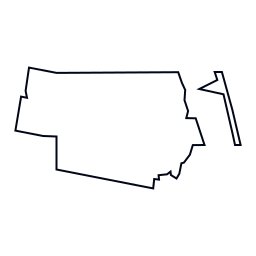 Willacy, Texas, United States of America (Equal Earth projection)
{"feature_id": "52423323B56216373700802", "entity_name": "Willacy", "entity_type": "district", "adm_level": 2, "iso_a3": "USA", "parent_name": "United States of America", "parent_adm1": "Texas", "projection": "equal_earth", "projection_center": [-97.535, 26.456], "detail": "fine", "context": "isolated", "style": "outline", "palette": "ink", "viewbox_px": 256, "rotation_deg": 0, "n_neighbors": 0, "source": "geoboundaries", "source_scale": "gbopen_adm2", "svg_char_len": 618}
<svg xmlns="http://www.w3.org/2000/svg" viewBox="0 0 256 256"><path d="M29.0,67.6L25.6,90.9L27.0,97.8L21.1,96.6L15.4,130.6L19.9,131.5L43.1,136.0L56.5,136.5L56.5,169.5L139.2,185.7L153.2,188.4L154.2,179.0L159.0,179.6L158.6,175.2L167.1,174.3L170.5,171.6L170.9,175.0L176.5,178.5L179.3,173.8L181.4,163.3L183.9,162.6L189.9,154.7L192.8,145.1L204.5,145.0L195.7,118.3L186.3,118.1L188.1,111.0L184.5,100.2L185.2,90.0L181.9,82.8L178.2,72.2L56.6,72.9L29.0,67.6ZM214.7,72.0L217.3,80.0L199.3,89.0L223.5,94.3L232.8,134.7L235.0,145.0L240.6,145.0L232.3,109.6L221.9,72.0L214.7,72.0Z" fill="none" stroke="#020617" stroke-width="2"/></svg>